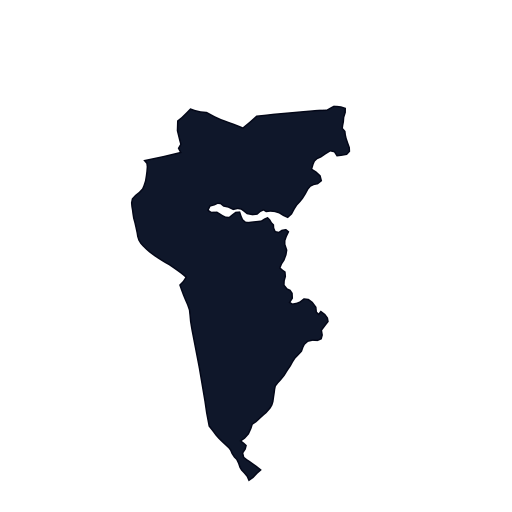 outline of Jomvu, Coast, Kenya, rotated 43°
{"feature_id": "3690345B21268923503814", "entity_name": "Jomvu", "entity_type": "district", "adm_level": 2, "iso_a3": "KEN", "parent_name": "Kenya", "parent_adm1": "Coast", "projection": "robinson", "projection_center": [39.609, -3.99], "detail": "fine", "context": "isolated", "style": "filled", "palette": "ink", "viewbox_px": 512, "rotation_deg": 43, "n_neighbors": 0, "source": "geoboundaries", "source_scale": "gbopen_adm2", "svg_char_len": 3402}
<svg xmlns="http://www.w3.org/2000/svg" viewBox="0 0 512 512"><g transform="rotate(43 256 256)"><path d="M403.8,424.8L404.8,419.9L404.8,414.3L405.3,409.3L399.8,409.7L394.7,410.4L391.4,410.8L388.2,411.4L384.3,411.7L380.5,409.2L379.7,404.5L378.0,401.4L374.8,401.4L370.8,401.8L371.8,397.0L371.7,391.3L369.8,385.6L367.9,381.6L368.9,377.3L369.3,371.8L369.7,367.0L370.1,363.6L369.9,357.5L369.1,354.1L367.6,351.0L365.0,347.3L362.4,343.5L360.3,340.6L358.7,337.9L358.3,333.9L358.3,329.8L357.9,324.1L356.8,318.6L355.9,312.8L354.8,308.6L354.0,304.1L354.1,299.4L354.1,294.6L352.4,290.7L351.5,287.6L351.9,283.1L354.7,279.0L358.5,275.8L360.1,272.1L358.3,268.7L354.4,265.7L353.7,259.1L353.3,254.8L350.5,252.7L346.2,251.9L341.3,252.4L341.7,256.0L338.3,255.9L334.7,252.7L328.8,251.6L324.0,252.1L320.4,254.7L319.6,259.7L318.2,262.7L315.5,266.4L312.2,267.1L311.3,262.1L307.8,258.7L304.3,257.9L301.1,259.0L296.3,258.3L293.4,254.9L291.4,251.0L288.1,248.0L285.2,248.4L281.5,248.5L279.9,244.2L279.2,240.0L277.0,234.7L274.4,230.8L269.1,227.9L266.5,225.1L264.7,221.0L263.2,216.2L259.9,216.4L257.5,219.6L256.7,223.2L253.4,225.2L249.8,223.6L247.5,221.4L244.6,221.3L241.3,220.3L238.4,220.2L237.1,223.2L236.2,226.8L233.2,230.3L230.4,233.5L227.7,236.7L225.3,238.6L221.4,238.7L217.9,237.2L214.1,235.1L211.5,237.9L210.8,241.8L210.2,246.1L207.2,248.5L203.8,249.5L201.0,250.0L197.6,250.7L193.4,254.8L189.6,255.3L188.2,250.8L190.6,246.9L191.9,243.6L194.4,241.7L198.2,241.5L202.4,239.0L207.6,237.4L210.1,233.7L213.2,231.7L216.4,231.3L220.6,231.0L225.2,228.1L228.2,224.6L228.6,220.6L230.0,217.1L233.1,216.5L235.7,213.4L239.3,210.6L243.6,208.5L248.3,207.6L252.8,206.1L253.2,201.0L251.7,195.3L250.9,190.9L250.9,186.2L250.6,182.2L249.6,177.0L248.2,171.7L248.0,167.9L249.4,164.3L251.7,161.1L252.4,156.4L248.2,153.7L242.6,153.7L237.4,154.7L235.0,149.9L233.9,146.8L234.1,143.3L235.8,139.3L237.0,133.8L238.5,128.4L242.3,126.2L246.9,127.4L249.9,123.8L252.9,119.8L252.9,115.7L250.2,113.1L245.7,110.8L241.5,108.5L238.7,106.6L236.0,104.3L232.0,103.9L230.1,101.2L228.3,98.3L225.5,94.8L223.3,90.2L220.6,87.2L216.5,89.1L213.5,91.3L210.9,93.5L209.8,96.8L208.5,101.0L205.5,104.0L203.2,106.2L200.9,108.6L197.8,112.1L194.9,115.3L192.1,118.4L189.5,121.3L180.7,131.1L172.5,140.2L166.9,146.8L161.2,153.3L160.4,162.3L159.2,171.4L156.4,172.4L149.8,175.0L144.8,177.2L141.1,178.7L137.4,180.3L130.8,182.5L122.0,184.8L117.2,188.5L112.1,191.4L107.9,193.2L107.8,198.3L107.5,205.4L106.7,210.6L113.1,217.9L121.5,223.4L124.9,225.5L125.9,230.0L130.4,231.6L120.7,246.3L109.5,262.2L113.1,262.6L115.7,264.8L118.8,268.7L121.3,272.2L124.1,276.4L126.2,280.9L127.4,284.2L127.4,289.0L126.7,293.8L126.7,298.5L128.8,301.9L131.7,304.5L134.6,306.7L137.1,308.8L140.8,311.7L144.7,314.1L149.4,317.3L153.4,320.1L156.2,322.3L159.6,324.2L163.2,325.2L166.7,325.5L171.2,325.6L175.3,325.5L179.0,325.1L182.4,324.7L187.0,323.9L190.7,323.2L194.1,322.5L198.5,321.4L204.6,320.5L209.0,319.9L213.2,319.4L216.3,319.2L219.4,319.1L220.3,324.1L220.2,329.1L224.4,331.3L229.8,334.0L234.2,336.0L239.3,338.2L244.2,340.8L248.6,344.6L252.6,348.2L256.7,351.4L260.0,353.9L274.0,364.1L288.0,374.3L291.4,376.8L302.9,385.6L317.8,397.0L326.9,404.3L337.8,412.3L343.2,413.1L349.2,414.2L353.5,414.6L358.1,414.7L362.2,414.7L367.1,414.7L369.9,415.2L373.2,416.7L377.3,417.7L380.6,417.8L384.7,419.4L388.6,421.5L391.5,422.3L395.2,422.5L399.9,423.1L403.8,424.8Z" fill="#0f172a" stroke="#020617" stroke-width="1.5"/></g></svg>